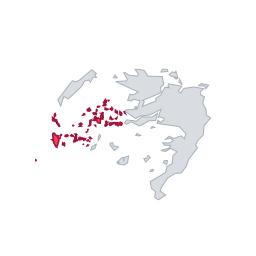 Notioy Aigaioy, Notio Aigaio, Greece shown in context, rotated 132°
{"feature_id": "26713481B52894455575268", "entity_name": "Notioy Aigaioy", "entity_type": "district", "adm_level": 2, "iso_a3": "GRC", "parent_name": "Greece", "parent_adm1": "Notio Aigaio", "projection": "natural_earth1", "projection_center": [26.069, 36.671], "detail": "fine", "context": "in_parent", "style": "filled", "palette": "rose", "viewbox_px": 256, "rotation_deg": 132, "n_neighbors": 0, "source": "geoboundaries", "source_scale": "gbopen_adm2", "svg_char_len": 9752}
<svg xmlns="http://www.w3.org/2000/svg" viewBox="0 0 256 256"><g transform="rotate(132 128 128)"><path d="M152.6,55.1L161.0,57.3L161.8,61.6L156.8,65.1L157.2,70.3L153.0,75.6L135.8,70.3L130.5,73.3L125.1,71.3L118.3,76.1L112.9,75.6L114.6,82.7L120.5,84.6L122.7,88.5L115.4,84.0L112.2,84.6L116.3,89.2L115.9,92.4L111.1,86.9L107.0,86.0L107.1,89.2L111.2,92.5L106.5,91.9L105.1,87.0L98.0,83.1L98.5,79.0L93.5,81.0L92.7,90.9L105.1,109.4L102.1,111.0L102.3,107.6L98.2,106.6L96.7,107.6L97.5,109.5L98.9,112.5L100.6,112.4L92.0,116.0L103.7,120.5L111.1,127.1L116.0,128.8L117.4,141.0L116.0,141.7L107.9,134.0L99.8,137.3L102.6,142.9L106.0,143.8L107.6,146.8L101.9,149.1L99.4,145.9L94.4,144.6L101.7,168.2L94.1,160.7L92.2,161.0L90.0,168.2L88.9,167.6L88.1,162.7L83.1,155.6L80.9,156.5L79.7,161.9L77.1,159.2L74.4,154.5L76.2,147.9L66.8,137.0L71.7,130.5L76.1,130.9L79.0,127.6L81.2,127.8L97.8,135.6L97.4,133.6L102.4,131.8L89.3,125.3L87.6,127.0L81.5,125.8L72.9,127.8L70.5,124.2L70.0,126.6L67.9,127.3L61.0,115.9L66.9,115.4L67.0,112.5L61.2,113.0L53.1,106.1L48.1,97.9L52.3,98.6L54.7,95.9L53.6,92.1L59.5,89.1L62.2,82.1L66.1,78.3L65.1,73.4L75.5,73.0L82.8,67.4L91.3,67.7L95.3,66.4L96.3,63.1L110.8,61.9L118.0,58.9L125.9,58.4L130.2,62.6L138.4,65.0L149.8,63.5L153.4,61.9L152.6,55.1ZM113.6,187.9L119.1,186.6L118.1,188.7L122.3,191.7L128.8,190.3L146.4,191.9L147.5,196.8L156.7,192.7L154.0,199.1L130.1,200.9L128.5,197.5L124.2,196.0L109.0,193.9L108.7,187.9L110.5,188.4L111.6,185.3L113.6,187.9ZM103.9,112.5L108.5,117.2L118.8,120.7L121.3,130.0L126.3,131.5L126.5,134.3L122.7,134.3L117.3,126.3L110.6,125.2L103.7,117.4L97.2,116.0L103.9,112.5ZM158.2,106.1L161.1,110.8L161.2,112.5L159.5,111.6L160.5,113.3L153.9,112.6L153.0,111.4L155.8,108.9L152.4,111.1L148.4,108.9L154.0,105.1L158.2,106.1ZM183.2,179.4L181.0,178.8L181.0,174.1L184.4,170.4L190.0,168.5L187.5,176.4L183.2,179.4ZM152.7,130.0L151.1,131.2L149.2,129.5L151.0,127.1L148.5,122.3L153.9,123.1L152.7,130.0ZM57.3,124.5L61.0,131.6L60.5,133.2L56.4,132.4L55.3,129.7L53.5,130.8L57.3,124.5ZM49.3,103.9L46.0,103.2L42.1,96.7L46.9,96.5L45.4,98.8L49.3,103.9ZM141.5,92.0L140.1,95.8L138.2,93.9L135.0,94.8L135.0,91.7L141.5,92.0ZM165.4,138.8L169.4,141.0L165.7,142.4L161.2,140.7L165.4,138.8ZM130.2,78.5L128.0,79.2L125.8,76.9L129.2,74.8L130.2,78.5ZM59.3,136.2L64.4,141.0L61.4,141.9L58.0,137.8L59.3,136.2ZM143.2,157.0L141.7,157.8L140.0,154.7L142.9,152.0L143.2,157.0ZM133.1,136.8L133.1,141.3L128.6,135.5L133.1,136.8ZM172.4,181.7L171.0,190.6L169.8,186.5L172.4,181.7ZM59.9,121.0L57.2,122.2L59.7,116.5L59.9,121.0ZM100.5,172.5L97.3,173.1L98.0,169.6L100.5,172.5ZM167.6,162.2L172.2,158.5L174.6,159.1L171.1,161.1L167.6,162.2ZM151.6,144.8L152.6,142.6L157.2,141.7L154.7,144.0L151.6,144.8ZM137.8,153.1L137.2,156.5L135.6,155.5L137.8,153.1ZM137.7,142.7L136.5,144.5L133.7,141.7L137.7,142.7ZM128.3,117.3L126.0,117.7L125.0,113.6L126.4,114.4L128.3,117.3ZM145.7,82.5L143.8,83.1L141.7,81.3L143.7,80.6L145.7,82.5ZM125.7,161.4L125.6,163.1L122.0,163.7L122.6,161.8L125.7,161.4ZM152.2,158.4L146.6,160.8L151.1,157.6L152.2,158.4ZM123.4,142.3L121.5,144.9L123.0,141.5L123.4,142.3ZM141.8,146.1L139.1,147.4L139.2,145.7L141.8,146.1ZM159.1,165.2L156.9,166.8L155.8,166.0L157.5,164.1L159.1,165.2ZM169.2,156.2L167.1,157.4L166.5,154.4L169.2,156.2ZM124.8,147.5L123.0,149.5L123.9,146.0L124.8,147.5ZM59.6,125.0L59.7,127.8L58.3,124.4L59.6,125.0ZM140.8,162.4L140.1,163.6L138.2,161.5L140.8,162.4ZM112.9,110.7L110.9,111.1L109.7,108.7L112.9,110.7ZM108.7,136.3L107.3,136.8L106.5,136.2L107.6,134.9L108.7,136.3ZM125.6,152.1L123.8,153.4L124.1,152.2L125.6,152.1ZM140.8,167.6L141.3,170.5L140.1,170.1L140.8,167.6ZM129.6,157.4L128.1,157.1L128.2,155.8L129.6,157.4Z" fill="#d9dde1" stroke="#a8b0b8" stroke-width="1"/><path d="M190.2,169.5L189.7,168.0L189.2,168.8L188.0,168.8L184.1,170.7L182.6,172.0L181.9,173.8L180.5,174.5L180.9,174.9L180.9,175.4L181.7,175.8L181.7,177.6L181.1,179.1L182.0,180.2L181.6,180.5L183.6,179.4L185.2,176.9L186.4,176.2L187.5,176.7L187.3,176.3L187.6,175.6L187.1,175.5L187.3,174.8L187.7,174.0L188.4,173.8L189.6,170.8L189.5,170.3L190.2,169.5ZM144.0,153.3L143.0,151.9L140.9,153.4L140.1,154.4L139.7,154.3L140.3,155.4L140.4,156.8L141.1,157.0L141.3,158.0L143.4,157.0L143.9,154.6L144.3,154.4L144.0,153.3ZM131.0,136.3L130.9,135.6L130.3,135.4L130.2,134.7L128.5,135.4L128.3,136.3L128.8,137.5L129.2,137.1L129.8,137.4L130.8,139.1L131.8,139.7L132.5,141.2L133.2,141.5L133.0,141.1L133.8,139.7L133.0,139.6L133.5,138.7L132.7,138.1L133.0,136.9L131.7,136.8L131.0,136.3ZM172.6,181.6L171.4,182.1L171.4,183.8L170.7,184.7L170.7,185.5L169.7,186.5L170.5,187.7L170.7,189.0L170.0,189.8L171.0,190.4L170.9,190.9L171.6,190.3L171.2,190.3L171.6,189.5L172.6,189.2L172.8,188.8L172.1,188.3L172.4,187.6L171.2,186.2L172.3,183.8L172.2,182.8L172.6,181.6ZM173.6,158.6L173.3,158.1L169.8,159.5L168.4,161.2L167.2,161.4L167.1,162.6L168.0,163.3L168.2,161.6L169.3,161.3L170.4,161.5L171.5,160.4L174.6,159.2L174.4,158.7L173.6,158.6ZM134.7,141.7L133.5,141.6L133.3,142.0L135.6,143.8L135.6,144.3L137.1,145.0L137.8,144.7L138.1,143.1L137.1,142.5L134.8,142.2L134.7,141.7ZM137.8,153.0L136.5,153.6L136.0,154.2L136.5,154.4L135.6,154.9L135.5,155.9L135.8,156.4L136.9,156.8L138.1,155.9L138.6,155.0L138.2,154.5L138.8,153.2L138.3,153.0L138.3,153.5L137.6,153.7L137.8,153.0ZM124.5,161.8L123.8,161.2L123.5,161.4L123.8,162.2L124.5,162.6L124.1,163.0L123.2,162.6L123.2,162.0L122.3,161.8L121.9,163.9L125.6,163.2L125.7,161.5L125.2,161.3L124.5,161.8ZM123.6,142.2L122.5,141.5L121.6,142.1L121.1,143.2L121.2,145.0L123.2,143.2L123.6,142.2ZM151.4,157.7L150.6,157.8L150.3,158.2L150.7,158.4L148.4,159.5L148.3,159.8L148.8,159.9L148.6,160.2L146.6,160.7L147.7,161.3L148.9,160.8L150.6,158.9L152.6,158.5L151.4,157.7ZM167.7,154.9L166.4,154.7L167.9,155.9L167.4,155.8L166.9,157.3L167.8,157.9L168.2,157.9L168.2,157.3L169.4,157.4L169.0,157.2L169.3,156.4L169.1,156.0L168.3,155.8L168.0,155.4L168.3,155.4L167.7,154.9ZM139.1,160.8L138.4,160.9L138.1,162.2L138.8,162.4L139.9,164.0L140.4,163.8L140.4,162.8L140.7,162.4L139.4,161.6L139.1,160.8ZM123.9,146.8L124.0,145.8L122.8,147.1L123.2,147.4L123.4,148.4L122.7,149.8L124.1,148.8L124.3,147.8L124.8,147.7L124.6,147.0L123.9,146.8ZM157.7,163.9L157.7,164.6L158.3,164.5L157.9,164.7L158.0,165.2L157.0,165.5L155.8,164.9L155.8,165.9L156.2,166.6L157.4,166.8L157.0,166.2L157.3,166.1L157.4,165.4L159.3,165.3L157.7,163.9ZM140.0,145.6L139.1,145.8L139.5,146.5L139.0,146.9L139.1,147.6L139.4,147.1L140.7,147.3L140.8,146.9L141.7,146.7L141.8,146.0L140.6,145.6L140.3,146.3L140.0,145.6ZM132.7,146.9L132.6,145.5L131.7,145.2L132.1,145.7L132.0,146.6L131.3,147.4L131.8,147.8L131.6,148.4L133.3,147.6L132.7,146.9ZM127.5,155.4L128.2,156.4L127.8,156.7L128.5,158.4L129.6,157.4L128.6,155.8L127.5,155.4ZM125.1,151.8L124.1,152.1L123.6,153.6L124.4,153.3L124.3,153.6L125.1,153.9L125.4,153.1L125.7,153.4L125.7,152.1L125.1,151.8ZM141.2,167.9L140.1,167.7L140.9,168.0L141.3,169.4L140.9,170.0L139.9,170.2L141.4,170.7L142.2,170.0L142.2,169.1L141.2,167.9ZM168.8,190.1L166.9,190.3L166.0,191.8L166.5,192.0L168.3,190.9L168.8,190.1ZM175.3,169.0L174.6,167.4L174.3,167.9L173.7,167.7L173.6,168.6L174.1,168.9L174.7,168.5L175.4,169.7L176.3,169.2L176.1,168.8L176.0,169.2L175.3,169.0ZM182.7,164.4L183.1,164.0L181.9,164.7L181.9,165.2L182.6,165.1L182.3,165.6L183.3,165.8L183.1,166.3L183.8,165.9L183.5,165.6L183.8,165.4L183.4,165.3L183.8,165.1L183.7,164.2L182.7,164.4ZM165.2,152.0L164.4,152.5L165.5,153.0L165.1,153.4L165.4,153.8L166.0,153.5L165.5,153.9L165.7,154.1L166.5,154.0L166.0,153.1L166.3,152.9L165.6,152.8L165.9,152.3L165.2,152.0ZM136.8,162.8L136.6,162.4L135.5,162.8L134.8,164.1L136.8,162.8ZM171.8,164.5L170.7,164.7L170.7,165.5L172.1,165.5L171.8,164.5ZM148.6,170.2L147.1,169.1L146.4,169.9L147.1,170.4L148.6,170.2ZM126.1,159.6L125.4,160.1L125.7,161.1L126.3,161.1L126.8,160.0L126.1,159.6ZM135.0,157.6L134.8,156.9L135.3,155.2L134.1,156.0L134.1,156.7L135.0,157.6ZM161.8,148.9L160.3,148.2L160.2,150.0L160.7,150.0L160.5,150.3L160.9,150.4L161.1,149.7L160.5,149.2L160.9,148.8L161.8,148.9ZM132.9,164.5L131.3,163.5L131.0,163.6L132.2,164.9L132.9,164.9L132.9,164.5ZM179.4,172.7L177.6,172.7L177.6,173.4L179.2,173.2L179.4,172.7ZM172.7,181.2L172.7,180.0L172.5,179.9L171.9,181.0L172.2,181.4L172.7,181.2ZM142.0,160.0L142.0,159.0L140.9,159.9L141.6,160.2L142.0,160.0ZM118.3,142.4L119.1,140.7L119.0,139.9L118.3,141.6L118.3,142.4ZM127.8,161.1L126.9,161.0L127.0,161.6L127.9,161.6L127.8,161.1ZM129.3,142.7L128.7,142.7L127.7,143.2L129.4,143.5L129.3,142.7ZM164.8,149.6L163.7,149.2L163.4,149.5L164.7,150.2L164.8,149.6ZM145.5,159.0L145.0,158.2L144.3,158.8L145.5,159.0ZM171.4,157.3L170.4,157.3L170.8,157.9L171.5,158.0L171.1,157.7L171.4,157.3ZM168.6,146.5L167.9,146.0L167.2,146.0L167.6,146.7L168.6,146.5ZM137.8,147.0L137.2,146.9L137.8,147.7L137.6,148.3L138.2,148.1L137.8,147.0ZM148.1,154.4L148.2,153.3L147.6,153.8L147.3,153.6L148.1,154.4ZM213.4,175.2L213.9,174.7L213.6,174.6L213.8,174.3L213.3,174.6L213.4,175.2ZM139.9,168.3L139.6,168.0L139.4,168.8L139.8,169.0L139.9,168.3ZM159.7,156.3L158.5,156.0L158.7,156.3L158.4,156.4L159.7,156.3ZM163.2,170.5L163.0,170.1L162.5,170.2L162.7,170.7L163.2,170.5ZM120.6,161.2L120.7,160.6L120.2,160.6L120.3,161.0L120.6,161.2ZM143.1,159.5L142.8,158.6L142.4,159.1L143.1,159.5ZM134.3,157.1L133.4,157.0L133.6,157.4L134.3,157.1ZM181.1,172.0L180.7,171.7L180.4,172.2L180.9,172.0L180.7,172.5L181.1,172.0ZM164.1,148.3L163.6,147.4L163.4,147.6L164.1,148.3ZM144.1,157.8L144.5,157.6L144.1,157.3L144.1,157.8ZM156.4,156.5L155.8,156.6L155.8,156.8L156.1,156.9L156.4,156.5ZM167.2,156.1L166.5,156.0L167.0,156.5L167.2,156.1ZM183.5,163.4L183.0,163.6L183.0,163.9L183.4,163.9L183.5,163.4ZM171.0,163.4L170.8,163.1L170.3,163.7L170.4,163.9L171.0,163.4ZM170.1,150.3L170.2,149.7L169.9,150.2L170.1,150.3ZM143.6,158.4L144.1,157.9L143.3,158.4L143.6,158.4ZM140.9,169.0L140.4,169.3L140.8,169.3L140.9,169.0ZM138.4,148.2L138.6,147.9L138.4,147.4L138.4,147.5L138.4,148.2Z" fill="#f43f5e" stroke="#9f1239" stroke-width="1.5"/></g></svg>